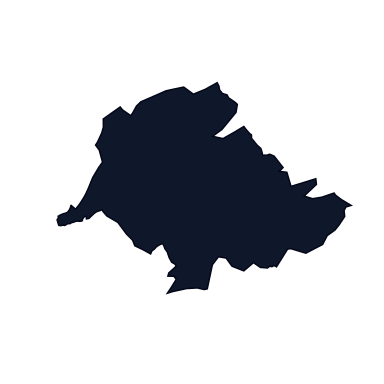 the district of Gombi, Adamawa, Nigeria, rotated 241°
{"feature_id": "59680162B13073760931893", "entity_name": "Gombi", "entity_type": "district", "adm_level": 2, "iso_a3": "NGA", "parent_name": "Nigeria", "parent_adm1": "Adamawa", "projection": "equal_earth", "projection_center": [12.487, 10.209], "detail": "fine", "context": "isolated", "style": "filled", "palette": "ink", "viewbox_px": 384, "rotation_deg": 241, "n_neighbors": 0, "source": "geoboundaries", "source_scale": "gbopen_adm2", "svg_char_len": 2555}
<svg xmlns="http://www.w3.org/2000/svg" viewBox="0 0 384 384"><g transform="rotate(241 192 192)"><path d="M115.4,121.4L114.2,127.1L110.2,140.4L108.3,144.3L105.6,150.0L100.7,155.5L99.9,158.4L112.7,169.5L118.5,174.6L122.5,183.7L119.3,187.8L117.7,189.8L107.7,191.0L97.9,199.1L100.4,211.5L92.8,215.3L88.9,221.3L89.5,224.3L88.7,224.7L88.0,225.6L87.8,226.4L88.2,227.1L87.3,228.5L86.6,229.1L85.6,229.6L95.7,247.9L94.5,251.0L83.3,261.9L82.8,280.8L88.3,289.1L89.4,298.5L92.0,304.9L96.6,313.7L102.0,316.0L104.3,319.3L103.1,324.7L113.1,318.9L119.7,316.0L122.2,315.8L124.5,303.1L127.7,294.2L134.1,288.1L138.3,304.5L143.6,306.7L148.9,281.3L162.7,284.4L163.3,284.5L167.8,278.3L169.2,283.5L183.7,281.2L187.4,278.2L187.9,275.4L189.9,271.7L193.9,272.8L196.8,273.3L201.2,271.7L206.8,270.7L210.1,270.1L213.1,271.7L215.4,270.7L220.6,269.6L224.2,269.1L223.8,258.5L223.7,245.0L230.7,237.0L232.2,248.6L240.3,269.1L246.6,274.1L249.3,273.3L256.6,269.7L260.1,269.7L261.2,268.5L261.9,267.8L263.5,266.4L267.8,265.6L271.6,266.9L275.4,267.0L275.4,253.3L276.9,240.6L283.7,237.5L287.8,235.6L291.2,224.7L293.1,218.3L293.3,216.4L293.8,210.5L295.7,191.0L294.1,185.1L290.0,178.6L288.4,175.5L297.4,171.1L301.2,170.4L298.9,149.8L291.8,146.0L287.5,141.8L281.5,133.6L279.8,130.4L273.6,131.2L261.5,128.2L258.7,122.3L255.9,117.5L252.7,112.1L245.4,103.0L242.2,98.7L239.8,95.0L239.1,93.7L237.7,91.2L236.8,89.5L235.8,87.5L234.2,83.7L233.3,82.1L233.9,81.8L234.5,81.5L235.7,81.0L238.9,79.8L238.9,79.7L238.7,79.3L238.4,78.9L238.2,78.8L237.8,78.8L237.3,78.7L237.1,78.4L236.9,78.1L237.1,77.7L236.9,77.3L236.4,77.0L235.7,76.0L235.6,75.2L234.7,73.8L234.7,71.7L235.3,69.2L235.6,67.0L235.7,66.1L235.7,64.8L235.7,63.2L234.1,62.5L233.0,60.4L232.1,60.4L230.6,59.9L229.5,59.7L228.3,59.5L227.4,59.3L226.4,60.5L226.0,61.5L225.7,62.5L225.2,63.6L224.5,64.3L224.4,65.6L224.6,67.2L224.2,68.4L223.4,70.2L223.6,71.8L223.0,73.7L222.8,75.8L221.9,78.1L220.8,79.5L220.2,81.0L220.1,82.2L221.0,82.8L221.7,83.7L222.3,85.2L222.7,86.3L222.4,87.3L220.9,87.2L219.7,86.6L219.1,88.1L218.9,89.5L219.3,90.6L219.9,93.0L220.5,95.3L221.0,98.2L220.7,100.9L220.3,102.7L219.9,104.8L217.9,104.7L216.2,105.1L212.3,105.9L201.4,112.4L187.0,114.3L178.7,116.7L172.7,115.9L165.1,121.3L157.9,125.8L160.0,128.5L160.1,129.9L160.3,131.4L161.2,133.9L161.5,136.4L161.5,138.8L161.4,140.2L160.6,141.4L158.6,141.3L155.3,140.8L151.7,141.3L145.7,140.2L140.4,140.2L138.4,141.4L137.2,142.1L134.8,142.3L132.5,132.5L130.1,130.1L127.1,135.3L123.3,135.9L123.3,136.0L118.5,127.4L115.4,121.4L115.4,121.4Z" fill="#0f172a" stroke="#020617" stroke-width="1.5"/></g></svg>